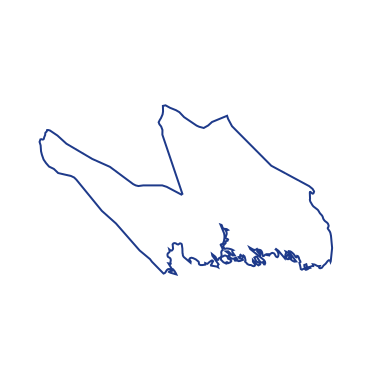 the border of Västernorrland, rotated 39°
{"feature_id": "SWE-191", "entity_name": "Västernorrland", "entity_type": "County", "adm_level": 1, "iso_a3": "SWE", "parent_name": "Sweden", "parent_adm1": "", "projection": "natural_earth1", "projection_center": [17.916, 63.083], "detail": "fine", "context": "isolated", "style": "outline", "palette": "blue", "viewbox_px": 384, "rotation_deg": 39, "n_neighbors": 0, "source": "natural_earth", "source_scale": "10m", "svg_char_len": 6123}
<svg xmlns="http://www.w3.org/2000/svg" viewBox="0 0 384 384"><g transform="rotate(39 192 192)"><path d="M343.6,159.1L343.3,158.9L342.1,158.4L341.2,159.0L340.9,160.4L341.0,163.5L340.9,164.3L340.6,165.7L340.5,166.5L340.6,169.1L339.9,170.3L339.0,170.9L338.2,170.6L337.9,169.1L336.4,170.5L333.0,171.2L331.4,172.1L331.8,172.3L332.8,173.3L332.0,173.9L330.8,175.9L330.0,176.9L331.4,176.9L330.4,178.3L329.0,178.2L326.3,176.2L325.2,178.1L326.3,179.2L328.4,179.7L330.1,179.8L329.5,180.8L328.8,180.9L327.9,180.8L327.1,181.3L326.7,182.2L326.5,182.9L326.1,183.3L325.0,183.4L324.7,183.1L322.8,181.5L322.5,181.3L321.9,180.8L320.6,179.9L319.9,179.3L320.3,178.1L319.5,177.5L318.3,177.1L317.4,176.6L316.2,175.7L314.8,175.2L313.9,175.5L314.4,176.9L313.5,177.2L309.7,176.2L306.9,176.1L305.7,176.3L304.7,176.9L306.1,177.8L316.7,180.4L315.4,181.7L313.3,182.2L308.8,182.2L309.3,183.4L308.2,184.3L307.3,184.2L306.4,183.4L306.1,182.2L305.9,180.8L307.3,180.5L310.7,180.4L310.7,179.8L304.3,178.7L302.3,179.3L303.3,179.8L303.7,180.5L303.8,181.4L304.2,182.2L305.7,184.4L306.1,185.2L296.4,183.3L293.2,183.4L293.2,184.0L294.6,184.0L296.2,184.5L297.6,185.3L298.5,186.1L299.1,187.1L299.5,188.1L299.3,189.0L298.3,189.3L296.9,189.0L295.6,188.3L294.2,188.1L292.7,188.8L292.2,189.6L292.0,190.6L291.5,191.5L290.5,192.3L292.7,192.3L289.8,193.9L288.8,194.1L288.4,194.6L288.0,196.7L287.5,197.1L286.8,196.8L284.5,194.8L283.5,194.3L282.4,194.0L281.4,194.2L280.3,194.8L282.5,195.8L283.7,196.5L284.5,197.7L280.0,197.1L279.9,196.9L279.3,196.0L278.9,195.7L278.3,195.4L278.2,195.7L278.2,196.2L278.0,196.5L277.1,197.7L275.4,198.3L271.5,198.9L273.2,199.7L290.6,199.6L292.4,200.1L293.7,201.2L294.1,202.5L293.5,202.9L292.6,202.5L291.9,201.2L291.4,201.2L290.8,202.9L289.3,203.3L287.4,203.0L283.4,201.6L282.4,201.9L281.7,203.7L284.9,205.1L285.9,205.4L288.3,204.9L289.7,204.8L290.5,205.4L289.8,207.2L287.1,207.4L282.2,206.6L283.2,207.8L286.5,208.7L287.2,209.6L287.0,210.4L286.4,211.0L285.7,211.3L284.0,211.6L283.4,211.9L282.9,212.3L282.2,212.7L280.7,213.1L280.0,213.1L278.7,212.8L277.6,212.8L277.1,212.7L276.9,212.4L276.6,211.4L274.4,209.7L273.3,209.0L272.0,209.0L272.2,209.4L272.5,210.3L269.2,210.3L269.2,210.8L269.9,211.1L270.1,211.8L269.8,212.5L269.2,213.2L270.7,213.7L272.9,212.1L274.3,212.7L272.7,215.4L271.7,216.4L270.4,216.8L269.8,217.2L269.1,217.9L268.4,218.3L267.6,217.7L267.6,217.2L267.9,216.5L268.4,215.9L268.8,215.6L267.8,215.3L267.2,215.9L266.6,217.1L266.0,218.0L264.7,218.8L263.4,218.9L260.5,218.6L260.8,217.8L261.0,217.4L259.8,216.8L258.5,216.7L255.8,216.8L257.5,215.3L263.4,215.8L265.1,214.4L262.3,213.6L260.9,213.1L260.0,212.0L260.4,211.4L258.9,211.7L256.6,212.7L254.5,214.0L253.5,215.3L253.1,215.6L252.0,215.3L250.9,214.8L250.3,214.4L250.1,213.6L250.3,210.5L250.1,210.3L249.5,209.5L249.3,209.0L249.5,208.6L250.1,207.8L250.3,207.5L249.9,206.2L249.1,206.2L248.1,206.7L247.0,206.6L246.6,206.0L245.4,202.8L244.8,202.1L244.1,201.5L243.3,201.0L242.4,200.7L242.9,200.3L243.8,198.9L242.3,199.0L240.2,200.3L239.2,200.7L237.9,200.3L236.8,199.5L235.7,199.0L234.6,199.4L242.9,203.9L244.9,205.7L246.2,207.4L247.8,210.2L248.6,212.9L247.5,214.4L247.5,215.0L250.4,216.3L251.2,216.8L252.0,217.5L252.3,217.8L252.2,219.5L252.7,220.5L254.9,222.6L255.4,224.2L255.2,225.2L254.6,226.7L254.7,227.2L255.1,228.1L254.8,228.5L254.2,228.7L253.5,228.8L253.1,228.6L251.5,227.8L250.7,227.6L246.6,227.6L247.9,228.7L258.2,231.5L258.2,232.4L258.5,233.2L258.9,233.7L259.6,234.1L258.1,234.4L253.1,237.2L252.7,236.9L252.6,235.8L252.0,233.3L252.1,232.7L251.9,232.5L251.0,232.4L250.5,232.7L250.2,233.3L249.5,236.1L249.3,237.5L249.1,238.2L248.5,238.5L247.0,238.9L248.0,240.1L245.9,242.4L244.6,243.4L243.3,243.7L242.5,243.4L241.4,242.2L240.8,242.0L237.3,242.0L234.5,242.7L233.0,243.4L232.2,244.4L232.2,245.9L233.3,246.4L234.7,246.8L235.4,247.9L226.6,247.7L225.6,247.4L224.8,247.0L223.5,245.7L223.2,245.6L220.1,242.0L217.2,239.3L216.4,238.9L215.0,239.4L214.3,241.5L213.2,242.0L211.8,242.1L210.7,242.6L209.9,243.6L209.9,244.9L212.9,247.9L213.1,248.3L213.2,249.0L213.2,249.8L213.1,250.3L212.6,250.7L211.8,250.9L211.0,250.9L210.4,250.9L211.1,251.4L211.9,252.1L212.3,253.1L212.0,254.2L211.9,255.1L212.4,256.2L213.3,257.1L214.1,257.5L216.2,257.2L217.1,257.3L218.2,258.1L218.8,258.9L219.2,259.8L219.8,260.6L220.6,261.1L220.5,261.7L219.9,261.6L219.5,261.8L218.6,262.3L224.5,264.4L225.9,264.0L228.1,264.4L230.3,265.2L231.7,265.9L226.0,268.3L224.3,268.6L224.2,268.2L226.0,265.9L224.9,265.5L223.7,265.7L222.6,266.3L221.9,267.1L221.6,268.4L221.7,269.8L221.9,271.1L221.9,271.9L221.4,273.0L221.2,273.3L204.7,271.4L201.6,270.6L188.1,270.4L152.7,264.3L133.8,263.4L94.4,255.2L91.3,254.9L87.9,255.7L76.1,261.5L70.1,261.0L64.9,262.2L60.4,261.4L56.3,260.2L51.9,257.5L49.0,255.3L45.0,251.0L42.0,249.0L41.1,246.5L41.8,245.7L43.0,245.2L43.4,244.6L43.4,244.0L42.7,242.5L42.0,240.1L41.6,239.5L40.9,238.5L40.8,238.2L40.8,237.7L41.0,236.7L40.9,236.1L40.4,235.1L41.1,234.4L42.9,233.6L51.9,232.8L64.0,233.5L93.6,229.1L112.4,224.1L141.3,222.9L144.1,222.3L146.6,221.1L150.0,217.5L164.7,205.6L169.1,203.9L185.4,200.7L185.7,199.5L132.9,166.1L130.0,162.4L126.8,160.5L124.1,159.9L122.2,158.8L121.6,156.1L121.4,154.2L120.3,150.2L118.8,147.6L115.2,143.4L116.9,141.3L121.9,140.4L128.1,138.5L132.0,137.9L138.7,138.8L153.8,137.5L156.5,136.8L160.8,134.9L162.7,130.1L163.5,125.0L171.3,110.7L173.9,112.4L181.7,115.7L237.1,121.7L279.4,113.7L283.7,113.7L286.5,114.7L287.0,115.8L287.2,116.7L286.9,117.3L286.4,117.5L284.0,117.4L283.7,117.7L284.0,118.4L288.1,123.1L288.4,123.8L289.0,124.3L290.0,125.0L294.0,126.5L295.4,126.8L300.4,126.7L301.5,126.8L304.8,128.0L308.0,128.5L309.3,129.1L310.9,130.2L312.4,130.7L313.7,130.9L316.3,130.8L317.7,131.1L319.3,132.1L320.0,133.3L320.0,134.1L320.2,134.6L320.6,135.0L324.0,136.0L325.4,136.8L327.6,138.6L336.1,147.3L343.4,158.5L343.6,159.1ZM263.7,226.1L260.6,226.8L257.1,226.4L255.6,224.5L256.3,223.1L256.9,222.0L257.1,221.1L258.0,220.3L259.6,220.0L260.8,220.3L261.5,220.8L262.2,221.1L263.9,220.5L265.3,220.7L266.0,220.9L266.1,221.6L265.9,222.8L265.3,223.7L265.2,224.2L264.9,224.5L264.1,224.4L263.3,224.5L263.1,224.9L263.6,225.1L264.0,225.6L263.7,226.1Z" fill="none" stroke="#1e3a8a" stroke-width="2"/></g></svg>